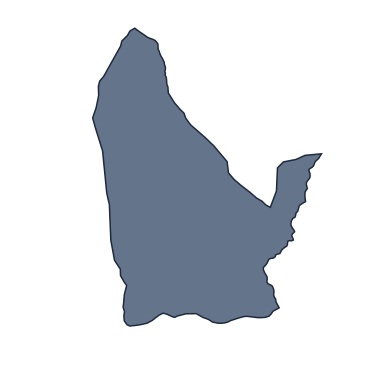 outline of Bapisa, Wangdi Phodrang, Bhutan, rotated 104°
{"feature_id": "84629894B48304633314853", "entity_name": "Bapisa", "entity_type": "district", "adm_level": 2, "iso_a3": "BTN", "parent_name": "Bhutan", "parent_adm1": "Wangdi Phodrang", "projection": "mercator", "projection_center": [89.856, 27.504], "detail": "fine", "context": "isolated", "style": "filled", "palette": "slate", "viewbox_px": 384, "rotation_deg": 104, "n_neighbors": 0, "source": "geoboundaries", "source_scale": "gbopen_adm2", "svg_char_len": 2448}
<svg xmlns="http://www.w3.org/2000/svg" viewBox="0 0 384 384"><g transform="rotate(104 192 192)"><path d="M185.2,84.8L182.3,84.7L179.6,84.6L178.3,83.9L175.9,81.7L173.9,79.5L169.7,81.1L166.4,82.0L164.5,82.2L162.4,81.6L160.8,80.9L157.2,82.8L155.0,83.3L149.7,81.1L147.7,81.3L145.4,82.1L142.8,83.9L140.9,83.5L139.1,81.5L137.1,80.4L133.6,80.0L131.6,79.1L129.9,77.9L128.6,77.2L126.7,76.6L123.6,75.6L129.1,91.2L135.3,99.0L140.7,110.6L147.9,114.9L170.7,110.3L187.9,112.3L186.9,116.9L183.9,122.0L182.4,127.6L178.3,135.7L173.3,147.0L169.7,154.1L164.7,161.2L154.0,165.3L148.5,173.0L141.9,182.1L135.8,192.8L127.3,209.4L124.8,212.5L121.6,216.2L117.5,218.8L114.6,223.7L109.8,230.5L101.7,238.9L95.9,240.8L93.6,242.4L91.7,243.1L90.3,243.5L88.0,244.3L86.7,244.9L84.9,246.5L83.2,246.5L82.0,247.4L78.5,247.6L76.6,248.4L74.9,249.6L72.8,250.4L69.5,253.1L67.9,254.8L65.6,256.6L63.2,258.0L61.9,259.3L59.3,260.1L56.6,260.9L54.8,263.0L53.9,264.5L53.3,267.1L53.1,269.8L52.7,272.5L50.9,277.0L49.4,281.3L46.9,287.2L50.9,291.2L55.8,292.5L62.5,296.6L67.9,296.6L88.0,302.1L101.4,305.7L106.7,308.4L112.1,308.4L121.0,305.9L133.5,305.4L144.2,306.3L152.2,301.8L173.6,288.8L175.2,288.2L198.4,279.9L213.3,274.6L219.6,271.5L224.0,269.2L258.4,259.1L277.1,250.6L284.2,242.9L290.5,241.1L295.8,236.0L298.5,232.8L303.0,232.8L308.1,232.8L312.6,232.1L316.8,231.4L318.8,231.2L320.8,230.8L324.4,228.5L327.8,228.3L330.0,227.7L333.3,226.6L335.1,224.6L336.5,223.0L337.1,220.1L335.2,214.7L333.3,210.1L331.0,205.5L330.2,203.9L326.2,199.5L322.6,196.7L319.6,194.3L316.6,190.8L316.6,187.0L317.8,180.6L317.8,178.4L315.8,176.1L311.6,168.3L309.0,158.4L311.0,151.4L311.6,145.4L313.2,140.7L313.0,135.1L312.3,131.9L311.0,128.4L309.1,125.2L307.7,123.8L304.9,119.4L302.3,115.1L300.2,111.3L299.3,108.4L298.7,103.7L298.0,97.8L297.0,93.9L295.8,90.4L293.8,87.2L291.0,85.6L288.1,84.6L284.5,80.7L283.3,79.4L280.0,82.4L278.3,83.9L275.6,85.0L274.2,86.6L272.2,87.9L269.1,88.3L267.1,89.0L264.9,90.5L263.5,91.9L263.1,93.8L262.6,96.2L260.8,97.7L257.5,98.1L256.1,98.7L252.5,102.2L250.2,103.9L248.0,104.5L244.8,102.7L243.0,102.0L239.0,101.2L237.7,100.2L236.4,97.0L234.6,95.6L233.1,95.6L232.0,94.7L230.5,91.9L226.8,91.0L224.6,89.7L221.4,86.9L220.0,86.7L218.6,87.0L216.5,87.0L215.5,85.4L215.3,83.6L214.1,82.0L212.6,82.8L210.5,84.6L208.7,84.6L205.7,82.8L204.0,84.2L202.3,86.3L200.9,87.5L199.2,88.3L196.1,88.6L193.2,87.8L191.6,86.0L190.2,85.8L187.3,86.0L185.2,84.8Z" fill="#64748b" stroke="#1e293b" stroke-width="1.5"/></g></svg>